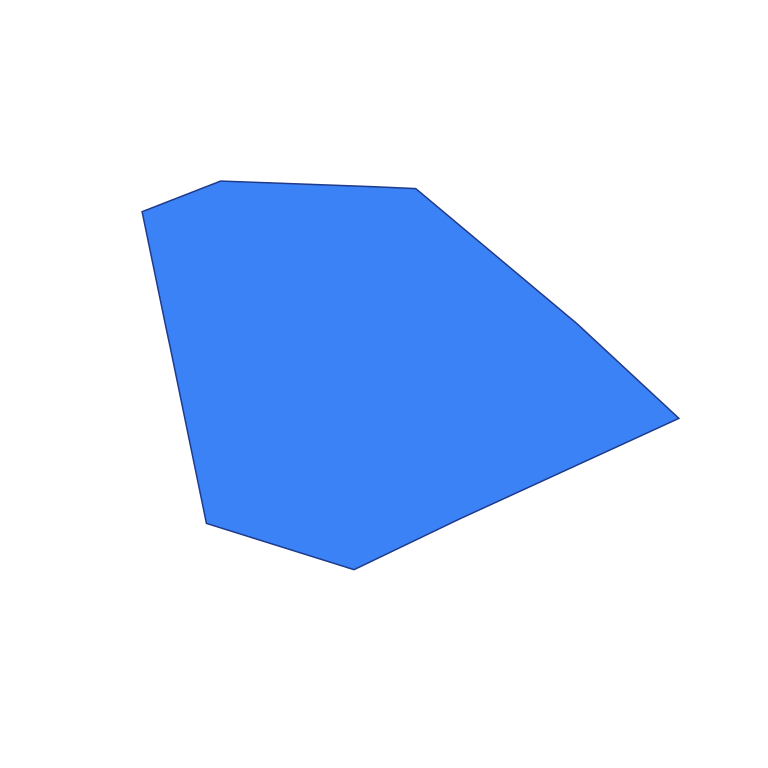 Bom Jesus, Rio Grande do Norte, Brazil (Robinson projection), rotated 291°
{"feature_id": "56859067B58968790260972", "entity_name": "Bom Jesus", "entity_type": "district", "adm_level": 2, "iso_a3": "BRA", "parent_name": "Brazil", "parent_adm1": "Rio Grande do Norte", "projection": "robinson", "projection_center": [-35.585, -6.006], "detail": "fine", "context": "isolated", "style": "filled", "palette": "blue", "viewbox_px": 768, "rotation_deg": 291, "n_neighbors": 0, "source": "geoboundaries", "source_scale": "gbopen_adm2", "svg_char_len": 314}
<svg xmlns="http://www.w3.org/2000/svg" viewBox="0 0 768 768"><g transform="rotate(291 384 384)"><path d="M509.4,542.7L577.8,343.6L565.8,307.6L514.9,158.7L458.2,96.4L358.0,160.6L341.9,171.1L190.2,268.2L199.9,422.5L285.4,503.2L457.6,671.6L509.4,542.7Z" fill="#3b82f6" stroke="#1e3a8a" stroke-width="1.5"/></g></svg>